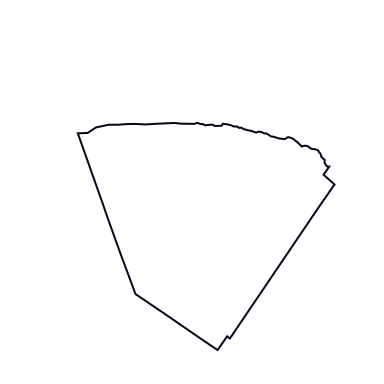 St. Lawrence, New York, United States of America, rotated 41°
{"feature_id": "52423323B93912655119641", "entity_name": "St. Lawrence", "entity_type": "district", "adm_level": 2, "iso_a3": "USA", "parent_name": "United States of America", "parent_adm1": "New York", "projection": "natural_earth1", "projection_center": [-75.114, 44.533], "detail": "fine", "context": "isolated", "style": "outline", "palette": "ink", "viewbox_px": 384, "rotation_deg": 41, "n_neighbors": 0, "source": "geoboundaries", "source_scale": "gbopen_adm2", "svg_char_len": 1110}
<svg xmlns="http://www.w3.org/2000/svg" viewBox="0 0 384 384"><g transform="rotate(41 192 192)"><path d="M196.2,295.1L216.3,306.1L255.3,301.4L271.4,299.6L293.7,297.1L315.0,294.5L313.2,277.9L316.7,277.6L298.2,125.3L294.6,92.8L280.0,92.7L278.9,82.9L277.9,83.9L275.5,83.9L272.6,82.8L271.0,80.7L266.4,80.6L265.3,79.5L264.1,79.1L262.7,78.5L261.5,78.6L260.2,77.9L258.7,78.2L256.5,79.2L255.0,80.4L253.6,81.0L252.4,81.4L250.8,81.3L248.8,81.6L246.4,83.4L245.0,85.6L239.2,85.3L237.8,85.3L233.0,85.6L229.3,87.0L228.0,88.3L228.0,89.7L226.9,91.5L222.9,94.3L216.7,97.1L215.6,98.1L209.9,98.9L208.3,100.3L205.6,101.0L202.9,102.5L201.3,105.2L197.1,106.8L192.8,109.2L191.3,109.7L190.1,110.6L187.2,111.0L185.3,112.8L182.9,113.1L180.3,115.3L177.9,115.9L175.1,117.3L170.6,120.2L170.8,122.7L165.7,127.4L163.3,127.6L159.6,131.4L158.5,132.9L155.7,133.6L153.9,135.1L150.8,136.2L148.9,139.2L138.8,147.7L133.6,151.3L119.6,164.6L112.6,171.5L104.3,178.0L97.9,183.8L92.2,189.6L84.9,196.0L77.1,206.4L74.6,215.8L67.3,222.6L132.7,259.6L144.6,266.5L150.7,269.9L179.1,285.8L196.2,295.1Z" fill="none" stroke="#020617" stroke-width="2"/></g></svg>